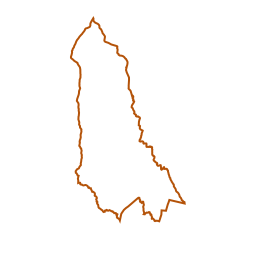 Buhera, Manicaland, Zimbabwe (Equal Earth projection), rotated 202°
{"feature_id": "62879985B49874859197959", "entity_name": "Buhera", "entity_type": "district", "adm_level": 2, "iso_a3": "ZWE", "parent_name": "Zimbabwe", "parent_adm1": "Manicaland", "projection": "equal_earth", "projection_center": [31.813, -19.506], "detail": "fine", "context": "isolated", "style": "outline", "palette": "amber", "viewbox_px": 256, "rotation_deg": 202, "n_neighbors": 0, "source": "geoboundaries", "source_scale": "gbopen_adm2", "svg_char_len": 5759}
<svg xmlns="http://www.w3.org/2000/svg" viewBox="0 0 256 256"><g transform="rotate(202 128 128)"><path d="M201.3,216.8L201.8,213.8L202.0,211.4L201.9,210.4L201.3,208.9L201.3,207.6L201.8,206.9L203.1,205.5L204.4,204.5L204.8,203.5L204.7,202.3L205.3,200.0L205.5,199.5L205.9,197.7L206.2,197.2L207.2,194.4L207.2,194.5L207.5,192.7L208.2,190.5L208.4,188.7L208.3,186.4L208.6,184.0L208.4,182.8L208.5,182.0L208.8,181.1L208.8,180.1L208.6,179.3L208.8,178.8L208.8,178.3L208.1,177.0L207.7,174.6L207.6,172.8L207.2,171.8L206.7,171.4L204.5,170.8L202.9,170.1L199.3,169.5L199.0,168.9L198.5,168.6L197.9,168.0L196.0,166.8L195.2,166.1L194.1,164.3L192.4,160.3L192.0,159.8L191.5,158.2L191.1,157.4L190.9,156.2L190.9,154.7L190.1,152.5L189.9,151.5L189.3,150.3L189.2,149.7L188.4,148.2L187.6,147.4L187.2,146.8L187.2,143.9L186.5,141.9L186.2,140.3L186.0,136.0L185.6,134.0L183.3,132.4L182.7,131.5L182.3,130.5L182.0,129.2L181.4,127.9L180.8,127.3L180.3,125.8L179.1,123.8L178.2,120.8L178.1,119.8L177.5,118.3L177.4,117.7L176.9,117.0L175.5,115.3L175.1,114.5L174.7,113.0L174.1,112.4L173.3,111.9L172.6,110.4L170.7,109.3L170.5,108.4L170.0,107.7L169.7,106.5L169.4,103.9L168.3,101.6L168.0,99.4L168.1,98.7L167.8,97.6L167.7,97.0L167.4,96.9L167.1,96.3L166.5,93.2L165.6,92.8L164.6,91.7L163.8,91.5L163.2,90.5L162.5,89.6L162.0,87.2L160.6,85.6L160.5,84.8L159.6,83.1L159.5,81.5L159.2,80.5L158.9,79.5L158.5,77.3L158.0,76.4L157.8,75.8L158.2,74.8L158.5,73.4L158.4,72.7L158.5,72.1L159.8,70.6L160.1,69.3L160.2,68.5L160.3,68.3L159.6,66.9L158.7,66.7L157.8,66.0L156.9,65.1L155.9,65.2L155.5,62.3L154.4,60.6L153.6,58.4L153.4,58.6L152.1,59.3L151.9,59.3L151.3,58.1L150.9,57.9L150.2,58.0L149.7,58.3L148.9,58.0L147.9,58.0L146.3,59.1L145.9,59.3L145.1,59.3L143.8,59.1L142.2,57.7L141.9,57.8L141.5,58.3L140.6,57.8L140.3,57.8L139.8,58.1L139.5,57.6L137.2,55.4L136.7,55.8L136.4,55.8L134.9,55.4L134.4,55.1L133.9,54.4L133.6,52.9L133.4,52.7L131.8,52.5L131.0,51.9L130.6,51.3L130.8,50.0L129.9,49.1L129.6,48.0L129.3,47.8L128.7,47.9L128.6,47.7L128.4,46.5L127.8,46.0L127.0,45.7L125.6,43.4L125.0,43.0L123.2,42.7L122.0,42.2L120.9,42.1L120.0,41.3L119.2,41.0L118.7,41.6L118.3,41.6L118.4,42.7L117.9,42.9L117.3,43.3L117.4,43.9L117.3,44.0L116.4,44.0L115.9,43.8L115.2,44.0L114.4,44.9L114.0,44.8L113.2,44.9L112.3,44.6L111.4,44.9L111.1,44.6L110.9,44.6L110.7,44.8L110.3,44.5L109.5,44.4L108.9,43.9L107.6,44.5L107.2,44.5L106.9,44.3L106.6,43.7L106.1,44.1L105.5,44.0L105.5,43.8L105.9,43.3L105.7,42.7L105.3,42.4L105.0,41.3L104.4,40.8L104.2,40.6L103.2,40.6L102.7,40.3L101.7,40.3L101.2,39.5L100.9,39.2L102.1,46.0L101.1,50.6L99.8,53.2L98.5,55.2L92.5,66.8L92.1,67.3L91.4,67.5L91.1,67.3L90.5,66.0L89.8,65.8L89.4,65.4L89.4,64.5L89.2,64.2L88.9,64.1L88.4,64.3L88.0,64.2L87.6,63.8L87.2,63.7L87.1,64.0L87.0,64.7L86.6,65.3L86.3,65.3L85.2,63.6L84.6,62.9L84.4,62.0L84.5,61.1L84.3,60.4L83.5,59.3L82.7,57.3L81.2,55.4L81.0,54.7L81.1,54.0L80.3,54.2L80.3,54.6L79.9,54.9L79.6,55.8L79.0,56.6L77.8,56.9L77.1,57.9L76.4,58.0L75.9,57.3L75.3,57.1L75.1,56.5L74.8,56.3L74.6,55.9L74.3,55.9L74.3,56.5L73.9,56.4L72.9,54.8L72.4,54.5L72.2,54.2L72.2,53.3L71.9,52.8L71.5,53.0L71.2,53.3L70.6,53.3L69.6,52.8L68.5,51.8L68.1,51.8L67.9,51.9L67.7,52.4L67.3,52.6L66.8,52.6L65.9,53.0L64.1,53.2L64.6,60.1L66.0,64.2L61.8,65.5L62.5,72.1L62.5,74.1L62.7,76.8L47.2,79.2L47.5,79.7L47.8,80.4L48.2,80.5L49.2,80.3L50.0,81.1L51.1,81.2L51.7,82.0L52.8,83.0L54.3,83.7L55.4,85.2L56.6,86.2L57.6,86.8L59.2,87.2L59.9,87.7L60.8,89.0L61.3,89.5L63.6,91.0L64.1,92.2L64.5,92.8L65.5,93.2L66.5,94.1L67.3,94.5L67.6,94.9L69.4,96.3L70.0,97.4L70.8,97.7L72.3,99.7L73.1,100.5L73.3,100.9L74.7,102.8L75.0,103.5L75.3,103.7L75.8,103.8L76.4,104.5L77.0,104.6L78.9,103.7L79.2,104.3L79.7,104.9L79.9,105.1L80.0,105.0L80.2,104.9L80.4,103.8L80.9,102.4L81.2,101.9L81.4,101.9L82.0,102.3L82.5,103.6L83.7,105.7L84.1,105.7L85.9,104.2L86.2,104.2L86.6,104.3L87.5,104.9L87.6,105.2L87.5,105.7L87.6,106.1L87.9,106.4L88.6,106.6L89.3,106.5L89.8,106.6L90.5,107.1L91.8,107.4L92.4,108.1L92.3,110.1L92.6,111.2L93.2,111.6L93.6,111.7L93.9,111.5L94.2,111.9L95.4,112.2L95.9,113.1L96.1,113.8L97.0,115.8L97.4,117.2L97.9,117.6L98.3,118.9L98.7,119.3L99.0,119.4L100.0,118.8L100.3,118.8L100.5,119.2L100.9,119.1L101.1,118.9L101.2,118.4L101.5,118.2L102.3,118.1L103.4,117.5L103.7,117.5L103.9,117.7L104.3,118.4L104.6,119.5L104.9,120.2L105.2,120.5L106.6,120.0L107.6,119.4L107.9,119.5L108.4,120.6L108.9,121.0L109.9,121.0L111.5,120.0L112.3,120.1L112.6,120.8L112.7,121.4L112.7,121.8L112.4,122.4L112.5,123.1L112.5,124.7L112.9,125.7L112.8,126.6L113.3,128.1L113.3,130.4L113.4,131.1L116.1,131.4L117.0,132.2L117.6,134.3L117.9,134.5L119.0,134.5L120.2,137.9L120.5,139.9L120.5,141.4L121.0,142.1L123.2,142.5L123.5,142.1L123.8,142.0L124.5,141.9L125.1,142.1L125.3,142.3L125.7,143.3L127.2,143.5L127.9,143.9L127.9,145.0L128.5,145.9L129.4,146.3L131.2,148.2L132.2,148.4L132.5,148.7L132.8,150.5L132.2,153.8L132.2,154.9L132.4,155.1L133.0,155.0L133.5,155.3L133.7,155.6L133.6,156.3L133.8,156.7L134.6,157.0L134.8,157.2L134.9,157.5L134.7,158.8L134.9,159.1L135.6,159.7L136.5,159.9L136.9,160.3L136.9,160.1L139.4,163.3L140.6,164.0L141.9,164.5L142.4,165.1L142.6,166.2L143.1,167.1L145.0,172.8L146.0,175.2L150.1,179.2L151.1,180.5L151.5,180.9L151.7,181.6L152.2,184.8L152.3,184.7L152.3,186.1L152.8,188.2L153.3,189.2L153.8,189.7L155.8,191.3L156.3,191.3L158.0,192.3L159.4,192.7L160.3,192.7L161.2,192.6L162.8,192.1L164.1,192.4L164.7,193.2L165.6,193.3L165.9,193.5L166.2,193.8L166.9,196.6L167.3,197.3L167.8,197.6L168.2,198.5L168.2,199.2L168.6,199.7L170.3,199.7L170.7,199.6L174.8,199.2L178.0,199.6L181.2,199.4L182.0,199.6L182.6,200.1L182.8,200.6L183.5,203.9L183.8,204.4L185.7,205.7L187.0,206.3L187.9,207.5L189.9,209.4L191.5,209.9L192.1,210.4L192.8,212.0L193.9,212.9L195.3,213.3L196.8,213.3L198.3,213.5L199.8,214.2L200.5,215.0L201.0,216.5L201.3,216.8Z" fill="none" stroke="#b45309" stroke-width="2"/></g></svg>